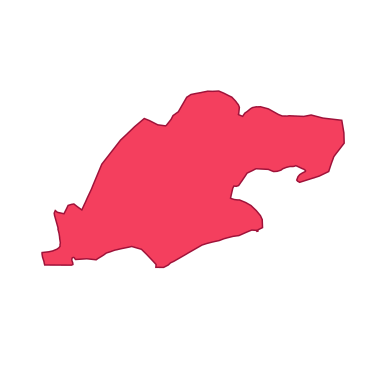 Ash Sha'ir, Ibb, Yemen, rotated 297°
{"feature_id": "15242507B78459135139999", "entity_name": "Ash Sha'ir", "entity_type": "district", "adm_level": 2, "iso_a3": "YEM", "parent_name": "Yemen", "parent_adm1": "Ibb", "projection": "natural_earth1", "projection_center": [44.362, 14.033], "detail": "fine", "context": "isolated", "style": "filled", "palette": "rose", "viewbox_px": 384, "rotation_deg": 297, "n_neighbors": 0, "source": "geoboundaries", "source_scale": "gbopen_adm2", "svg_char_len": 3114}
<svg xmlns="http://www.w3.org/2000/svg" viewBox="0 0 384 384"><g transform="rotate(297 192 192)"><path d="M235.8,116.1L224.1,111.2L213.4,107.5L209.5,106.1L205.9,104.8L184.6,100.7L175.9,99.0L156.2,100.5L152.2,100.8L149.0,101.1L139.3,101.4L133.9,101.7L132.5,101.7L126.0,102.0L126.9,96.2L127.7,92.2L126.3,90.3L123.8,87.7L119.5,87.8L116.1,87.8L114.5,87.8L112.8,81.3L113.4,78.6L110.6,78.8L108.8,80.1L98.8,89.3L98.2,89.3L94.8,92.3L91.3,94.8L91.1,94.8L86.9,97.8L85.2,98.3L83.7,99.1L81.8,98.7L79.7,97.6L77.4,95.6L76.3,94.7L73.6,91.4L70.0,85.9L69.1,86.3L68.7,86.5L67.6,87.3L66.1,88.4L62.6,91.9L61.8,92.4L60.1,93.9L72.1,117.8L73.3,118.8L73.7,118.7L74.4,118.0L74.7,117.9L75.0,117.7L75.6,117.0L76.1,116.4L76.7,115.9L77.4,115.5L78.2,115.3L78.5,115.2L79.0,115.2L79.4,115.5L80.0,116.3L80.0,116.9L79.7,117.5L79.3,118.1L79.1,118.6L79.0,118.9L84.7,128.5L85.3,130.0L88.1,137.4L90.1,138.4L93.6,140.6L95.8,141.9L98.8,143.4L101.7,146.4L104.1,148.6L105.3,149.8L106.9,151.8L107.2,152.1L109.7,155.1L114.4,161.0L116.1,163.0L118.0,173.0L115.8,180.0L112.9,188.1L112.8,188.4L112.2,190.0L111.1,192.9L108.5,194.0L111.9,200.9L116.2,204.0L119.1,205.0L121.9,207.2L126.8,210.4L133.9,215.0L135.2,215.8L135.5,216.0L136.6,216.7L149.3,225.0L152.8,228.5L156.7,232.9L157.1,233.4L158.6,235.2L161.1,238.3L165.0,241.8L165.4,242.3L166.9,243.9L168.9,246.2L171.1,248.7L173.2,251.7L174.0,252.9L174.5,253.6L180.9,258.8L182.9,260.5L183.5,261.0L185.2,262.5L186.8,266.2L186.8,266.5L187.2,266.9L186.4,267.7L187.0,268.5L188.3,268.0L192.3,271.0L199.3,267.1L202.0,263.7L204.0,259.1L204.6,257.7L206.7,250.7L207.0,244.7L206.5,238.0L205.5,235.9L204.5,233.1L204.1,230.8L204.0,229.1L213.9,226.6L214.0,226.6L216.3,226.6L217.2,228.9L218.9,230.6L219.5,230.7L220.4,230.8L220.9,230.9L223.3,231.2L224.4,231.4L225.3,231.5L230.8,232.2L233.8,232.5L238.8,236.3L240.5,237.5L241.8,238.5L246.7,249.5L246.8,249.6L247.1,253.9L247.3,255.5L249.1,258.5L251.8,261.3L253.9,262.3L256.8,264.9L259.2,267.7L260.6,270.5L261.6,271.7L262.6,272.5L262.7,273.6L262.9,280.1L263.1,281.2L262.7,283.3L261.9,283.7L261.1,283.3L260.3,282.6L258.6,281.4L256.4,280.1L253.8,279.5L250.2,279.9L249.6,281.1L249.5,283.5L263.9,298.1L271.0,303.5L272.3,304.5L277.9,303.6L279.3,303.4L283.7,302.8L284.3,302.8L287.8,302.3L292.5,303.1L293.4,303.3L304.6,305.4L313.6,300.5L323.9,292.9L318.9,279.4L317.3,275.1L314.7,263.2L310.1,257.3L304.0,243.9L302.9,242.4L300.7,237.9L300.3,234.0L300.4,231.2L300.7,223.7L300.7,222.1L299.0,214.1L298.6,213.6L297.7,211.9L297.0,210.5L294.7,207.6L293.2,206.6L292.2,206.1L288.7,204.6L286.4,203.3L282.9,202.8L282.4,202.8L282.2,200.6L282.2,200.1L282.0,198.8L282.3,198.2L282.4,198.3L286.8,196.6L288.9,195.8L290.7,193.8L292.1,190.8L292.2,190.7L292.6,189.9L292.8,189.4L292.9,189.2L294.0,186.1L294.6,184.4L294.5,181.4L294.5,178.4L294.5,175.5L294.1,170.0L293.7,169.3L291.0,164.6L288.9,160.1L288.6,159.8L285.3,155.6L284.9,155.2L281.5,150.7L278.4,146.8L275.2,145.0L274.1,144.3L257.2,143.4L254.4,141.9L254.1,141.8L251.5,140.4L247.2,140.4L239.8,138.9L238.9,138.4L238.6,137.5L236.3,131.0L236.3,127.6L236.3,126.8L236.3,121.6L235.8,116.2L235.8,116.1Z" fill="#f43f5e" stroke="#9f1239" stroke-width="1.5"/></g></svg>